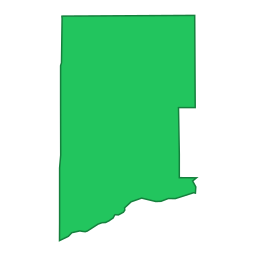 the district of Skamania, Washington, United States of America
{"feature_id": "52423323B13974884585376", "entity_name": "Skamania", "entity_type": "district", "adm_level": 2, "iso_a3": "USA", "parent_name": "United States of America", "parent_adm1": "Washington", "projection": "albers", "projection_center": [-121.935, 45.968], "detail": "fine", "context": "isolated", "style": "filled", "palette": "green", "viewbox_px": 256, "rotation_deg": 0, "n_neighbors": 0, "source": "geoboundaries", "source_scale": "gbopen_adm2", "svg_char_len": 682}
<svg xmlns="http://www.w3.org/2000/svg" viewBox="0 0 256 256"><path d="M195.2,107.6L194.7,15.4L85.3,16.0L62.7,16.1L61.9,16.2L62.1,18.7L61.5,62.8L60.6,65.7L60.6,105.0L60.7,155.2L59.6,168.0L59.6,222.7L59.5,240.6L68.4,236.3L71.8,232.7L79.9,230.9L82.0,231.3L82.6,231.4L85.2,231.7L87.2,231.1L97.9,224.2L102.0,222.7L105.6,222.5L109.4,220.6L110.0,220.1L113.1,218.0L114.6,215.1L115.3,214.7L118.4,214.9L120.9,213.6L123.4,212.2L124.8,210.1L124.6,207.8L131.1,201.8L141.6,198.1L155.8,201.5L161.0,201.3L168.3,198.5L175.3,198.6L193.6,192.7L195.4,193.1L195.8,186.9L192.6,181.0L196.5,177.8L179.3,177.7L179.3,154.2L178.5,107.6L195.2,107.6Z" fill="#22c55e" stroke="#15803d" stroke-width="1.5"/></svg>